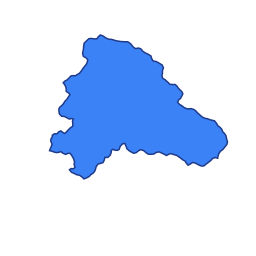 outline of Divino das Laranjeiras, Minas Gerais, Brazil, rotated 130°
{"feature_id": "56859067B59658665671688", "entity_name": "Divino das Laranjeiras", "entity_type": "district", "adm_level": 2, "iso_a3": "BRA", "parent_name": "Brazil", "parent_adm1": "Minas Gerais", "projection": "natural_earth1", "projection_center": [-41.495, -18.7], "detail": "fine", "context": "isolated", "style": "filled", "palette": "blue", "viewbox_px": 256, "rotation_deg": 130, "n_neighbors": 0, "source": "geoboundaries", "source_scale": "gbopen_adm2", "svg_char_len": 2795}
<svg xmlns="http://www.w3.org/2000/svg" viewBox="0 0 256 256"><g transform="rotate(130 128 128)"><path d="M195.3,129.0L192.4,127.5L190.2,126.6L187.7,126.5L185.3,125.7L182.5,125.7L180.0,126.6L178.2,127.5L174.9,127.8L172.8,126.3L170.6,124.9L168.0,125.5L165.3,126.8L163.6,124.6L160.5,124.1L157.8,125.0L155.9,126.3L154.1,126.0L153.4,123.8L152.0,121.8L150.2,121.0L147.0,122.2L143.6,122.0L141.9,120.5L143.2,117.8L144.6,115.4L144.7,112.7L144.3,110.0L143.7,107.4L141.7,105.9L139.1,105.4L136.5,104.4L135.3,101.7L135.3,98.9L135.1,95.8L133.4,93.5L131.2,91.4L128.6,90.7L126.3,88.8L125.1,84.5L124.3,80.8L121.8,79.9L120.0,78.6L119.1,76.2L117.7,73.2L117.3,69.2L117.2,65.6L116.6,63.3L117.5,60.6L117.9,58.1L115.6,57.1L112.9,56.4L111.5,53.6L111.0,50.7L110.0,47.4L108.3,45.5L105.1,44.9L102.2,44.2L99.6,43.7L96.7,43.6L94.5,42.1L93.5,39.9L91.9,40.9L89.1,42.0L86.2,42.2L83.4,41.5L80.3,41.6L77.0,41.7L74.6,42.9L73.0,45.5L71.0,47.9L70.2,50.5L69.9,53.3L68.7,55.3L68.3,58.1L68.5,60.6L67.5,63.3L66.9,66.5L68.1,68.7L69.1,70.9L69.8,73.0L71.2,75.5L71.9,78.6L71.8,81.2L71.7,84.6L71.3,87.3L71.5,89.4L72.5,92.0L75.3,94.9L76.3,98.3L76.3,101.0L76.8,103.7L76.4,106.5L73.8,107.3L71.7,106.8L69.0,107.3L66.5,108.0L65.5,110.3L65.4,112.7L65.1,115.3L64.4,117.5L64.4,119.9L66.0,121.8L67.6,124.0L67.3,127.1L67.2,130.5L67.6,133.5L66.0,135.7L63.9,136.8L62.0,138.4L59.2,139.5L57.8,142.1L58.1,144.6L58.5,147.0L59.0,149.2L60.5,151.8L59.6,154.5L58.1,156.7L58.5,159.8L59.4,163.2L59.7,166.4L59.1,168.5L59.8,171.1L62.4,173.4L62.6,176.4L61.9,179.1L61.8,181.8L62.3,183.9L63.8,185.6L65.1,187.4L66.4,189.1L67.5,191.0L68.9,193.3L69.8,195.6L71.0,198.1L72.4,199.8L73.2,202.7L73.6,206.4L74.5,209.0L77.1,209.4L79.6,209.2L81.5,211.2L83.1,213.9L84.8,215.4L88.1,215.8L91.2,216.1L93.8,214.6L96.1,212.9L98.1,211.8L100.2,210.6L101.8,208.3L101.2,204.9L101.8,202.5L104.1,201.4L106.3,200.9L108.8,200.8L111.3,200.8L114.3,200.4L117.6,200.4L119.7,201.3L121.8,201.9L123.4,204.0L124.9,205.2L127.5,205.3L130.3,205.6L132.5,206.5L135.0,206.7L135.6,204.0L137.0,201.3L139.6,198.9L139.4,196.0L139.8,193.8L142.0,193.7L145.1,193.3L148.0,193.5L151.0,193.1L153.6,193.2L155.7,193.6L157.7,193.3L159.6,191.6L161.3,189.7L161.7,186.4L160.1,184.2L159.4,181.4L158.9,178.7L157.3,177.6L156.2,175.7L158.5,174.9L160.2,173.0L162.2,171.5L164.7,172.2L167.3,172.5L170.6,172.6L172.7,172.9L173.3,174.9L173.4,177.6L175.3,178.6L178.2,178.7L179.8,180.7L182.2,181.3L183.7,180.2L185.9,180.0L187.8,178.7L189.0,176.0L191.4,174.9L193.7,174.3L195.8,173.5L194.7,171.4L194.0,169.3L193.0,167.2L191.4,165.6L189.3,164.3L189.1,161.4L188.3,158.8L185.8,157.6L184.6,155.8L185.3,153.3L186.2,150.7L187.4,148.4L188.8,146.8L190.6,145.9L192.0,143.4L194.3,143.6L195.7,145.6L197.7,146.0L198.2,142.8L197.6,140.8L196.8,137.4L195.3,134.6L195.1,131.7L195.3,129.0Z" fill="#3b82f6" stroke="#1e3a8a" stroke-width="1.5"/></g></svg>